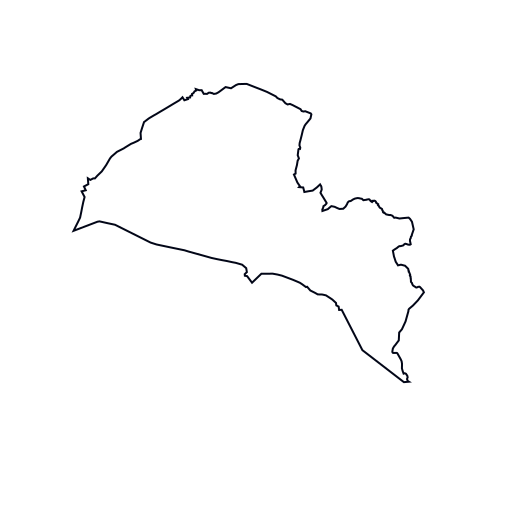 Santa Ana Maya, Michoacán, Mexico (Equal Earth projection), rotated 336°
{"feature_id": "50627088B22901000354815", "entity_name": "Santa Ana Maya", "entity_type": "district", "adm_level": 2, "iso_a3": "MEX", "parent_name": "Mexico", "parent_adm1": "Michoacán", "projection": "equal_earth", "projection_center": [-101.02, 20.023], "detail": "fine", "context": "isolated", "style": "outline", "palette": "ink", "viewbox_px": 512, "rotation_deg": 336, "n_neighbors": 0, "source": "geoboundaries", "source_scale": "gbopen_adm2", "svg_char_len": 5037}
<svg xmlns="http://www.w3.org/2000/svg" viewBox="0 0 512 512"><g transform="rotate(336 256 256)"><path d="M99.6,158.8L125.1,160.2L127.1,160.7L133.7,165.6L139.9,170.1L165.2,200.9L169.8,205.0L172.0,206.6L181.0,213.1L193.0,221.7L196.2,224.5L208.1,234.3L214.6,239.7L219.1,243.0L223.2,245.9L227.3,248.7L231.8,252.0L234.7,254.0L239.8,258.3L242.1,263.1L241.1,267.0L238.3,268.0L237.8,269.5L239.7,270.8L241.5,278.8L253.7,274.4L258.4,276.5L264.0,278.9L268.1,281.7L271.7,284.5L280.1,292.8L283.0,295.9L285.2,298.3L286.8,300.8L289.0,304.7L290.2,304.9L291.6,309.6L294.8,313.5L295.4,314.3L296.8,316.2L300.8,318.1L303.9,320.4L306.7,324.7L308.0,326.8L309.3,329.8L310.0,331.4L309.5,333.0L309.3,333.8L310.9,335.8L310.0,339.1L312.4,340.0L314.9,385.3L339.8,431.4L344.5,433.0L343.8,432.0L343.9,429.8L345.2,428.5L345.5,427.0L345.1,424.6L344.2,423.6L343.0,423.5L343.2,420.7L343.6,418.0L344.8,415.5L345.6,413.7L346.2,411.4L346.2,409.2L345.6,402.8L345.5,402.3L345.3,401.9L344.8,401.6L341.8,400.3L341.5,399.6L341.7,398.7L343.4,396.2L345.3,394.8L347.2,393.9L349.7,392.5L352.1,391.2L355.7,384.1L356.8,383.6L357.2,383.4L359.5,382.3L363.5,378.8L366.0,376.6L372.7,368.5L373.5,367.1L374.4,366.5L379.2,365.1L385.8,362.4L394.6,357.5L394.6,355.4L393.2,351.1L392.8,350.5L392.1,350.3L391.5,350.1L390.8,350.2L390.1,350.1L389.6,350.0L389.3,349.7L389.0,349.1L388.5,348.4L387.7,347.2L387.4,346.5L387.4,346.1L387.3,345.6L387.4,345.0L387.4,344.6L387.5,344.1L387.4,343.9L387.2,343.3L387.1,343.0L387.1,342.8L387.1,342.5L387.6,341.3L387.9,340.4L388.2,339.9L388.1,339.6L388.2,339.3L388.4,338.7L388.5,338.6L388.6,338.3L388.8,338.1L388.8,337.9L388.7,337.7L388.8,337.3L388.7,337.1L388.6,336.9L388.6,336.4L388.8,336.2L389.1,336.1L389.3,335.5L389.2,335.2L389.2,334.9L389.3,334.3L389.3,333.8L389.3,333.4L389.3,333.1L389.3,332.9L389.1,332.6L389.2,332.3L389.2,332.1L389.3,332.0L389.5,331.9L389.5,331.5L389.4,331.2L389.5,330.8L389.7,330.3L389.8,329.9L389.7,329.3L388.2,325.5L384.9,322.9L381.9,322.3L381.8,321.3L381.3,318.1L381.8,313.5L381.8,312.8L383.2,306.8L385.2,306.4L388.0,306.0L389.3,305.6L390.9,305.3L392.2,305.8L393.3,306.0L394.9,306.2L396.2,305.6L397.3,305.5L398.4,306.3L399.6,307.5L401.1,308.3L402.1,308.2L402.6,305.9L402.7,305.0L403.5,303.4L404.6,302.6L405.4,301.4L406.6,300.8L406.9,300.1L410.9,295.8L412.4,288.2L411.8,284.7L411.0,283.0L409.0,282.3L406.0,281.3L402.3,280.1L399.2,277.7L397.8,277.3L397.0,274.7L395.5,273.2L394.4,272.8L391.8,270.9L391.0,269.0L390.9,269.1L390.7,268.9L390.5,268.7L390.1,268.2L389.9,267.8L389.9,267.2L390.1,266.8L390.2,266.4L390.1,265.9L390.0,265.5L390.1,265.2L390.2,264.5L390.2,264.2L389.8,263.7L389.6,263.3L389.3,262.9L388.8,262.3L388.6,261.7L388.6,261.1L388.6,260.4L388.2,259.5L388.1,258.9L388.7,258.4L388.3,257.6L387.4,256.2L387.6,255.4L387.5,254.8L387.3,254.3L386.8,253.7L386.2,253.4L385.7,253.6L385.4,253.5L385.1,253.1L384.9,253.0L384.8,253.3L384.6,253.6L384.0,253.9L383.8,253.6L383.1,252.5L382.9,251.7L382.8,251.2L382.7,250.7L382.5,250.3L382.0,250.0L380.1,249.5L379.4,249.5L379.0,249.3L376.8,248.7L376.0,246.8L374.4,245.7L373.4,244.9L372.1,244.3L371.2,244.1L369.8,243.8L367.8,243.8L364.8,244.3L363.6,243.9L362.9,243.9L361.6,244.4L360.2,245.7L357.9,247.3L354.9,248.3L351.4,247.0L349.5,245.0L347.9,243.1L346.4,242.0L345.1,241.1L342.6,241.8L340.7,242.4L335.0,241.9L335.5,240.5L337.0,239.2L337.9,237.9L339.8,237.6L341.8,236.7L342.1,236.2L341.5,231.5L341.3,229.9L340.9,227.2L340.6,224.5L343.0,222.1L343.4,221.0L343.9,219.2L343.9,218.0L343.6,217.0L343.6,216.7L339.5,218.1L334.4,219.3L330.3,218.2L326.2,217.2L326.5,215.6L327.0,212.6L323.4,210.6L324.5,210.1L323.7,205.7L323.8,197.0L325.7,196.8L327.0,193.8L330.3,189.7L332.8,185.9L334.0,185.0L334.9,184.3L335.1,180.9L338.2,175.8L338.6,175.6L339.7,175.9L339.8,176.0L340.5,175.1L340.7,172.6L341.8,170.6L344.0,167.9L346.9,164.2L350.0,160.1L353.4,156.8L355.0,155.8L357.1,154.8L361.7,152.5L364.2,149.1L364.0,148.0L359.9,143.8L358.1,143.3L356.7,142.1L356.4,140.0L350.8,133.0L348.9,130.9L348.0,130.7L346.5,130.4L345.0,128.4L343.6,123.9L341.7,122.7L339.8,120.4L339.0,118.2L332.9,110.7L331.1,108.8L328.0,105.6L325.8,103.4L324.9,102.5L317.5,95.0L313.7,93.4L309.8,91.8L307.3,91.7L301.4,92.6L296.9,89.3L291.1,90.6L288.3,91.2L285.7,91.4L283.4,90.8L282.0,89.1L281.4,89.0L280.8,88.2L279.2,87.6L277.3,88.0L275.6,87.2L274.2,86.6L274.0,84.5L273.8,82.4L271.5,81.4L268.9,79.0L268.7,80.5L266.8,80.6L265.2,81.7L263.5,81.9L263.0,83.3L262.2,83.0L261.0,83.2L260.3,84.4L257.5,83.5L257.6,85.0L253.9,84.6L253.4,81.1L251.9,81.7L249.5,82.5L248.4,82.7L242.3,83.4L233.4,84.5L230.8,84.8L226.4,85.3L222.4,85.8L220.0,86.0L214.9,86.6L213.7,86.8L208.2,88.1L204.1,92.6L200.6,96.6L198.5,102.3L197.5,102.2L194.8,102.7L190.4,102.8L187.5,102.7L180.7,103.6L179.0,103.9L175.3,104.1L171.3,104.3L169.4,104.9L164.4,106.4L162.3,107.5L156.1,112.0L149.5,116.0L143.7,118.1L140.4,119.6L138.9,118.9L135.6,119.1L134.8,117.9L134.7,117.8L134.2,116.9L134.0,116.6L132.0,122.2L127.1,122.5L127.2,126.7L123.0,126.0L123.4,132.4L120.2,136.4L117.0,140.8L114.5,144.4L110.9,149.4L107.6,152.2L102.0,156.8L99.6,158.8Z" fill="none" stroke="#020617" stroke-width="2"/></g></svg>